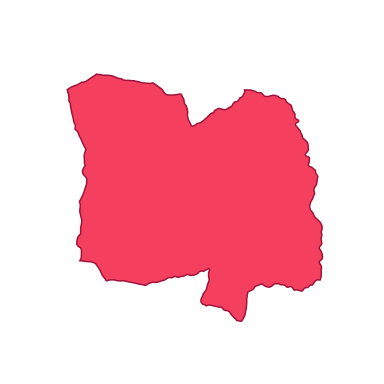 the district of Kalidzingkha, Daga, Bhutan, rotated 14°
{"feature_id": "84629894B31642600341684", "entity_name": "Kalidzingkha", "entity_type": "district", "adm_level": 2, "iso_a3": "BTN", "parent_name": "Bhutan", "parent_adm1": "Daga", "projection": "robinson", "projection_center": [89.878, 27.0], "detail": "fine", "context": "isolated", "style": "filled", "palette": "rose", "viewbox_px": 384, "rotation_deg": 14, "n_neighbors": 0, "source": "geoboundaries", "source_scale": "gbopen_adm2", "svg_char_len": 5998}
<svg xmlns="http://www.w3.org/2000/svg" viewBox="0 0 384 384"><g transform="rotate(14 192 192)"><path d="M169.0,294.0L170.4,293.1L171.5,291.9L173.1,290.5L175.0,289.5L175.8,288.8L177.5,288.8L178.3,288.6L180.4,287.8L183.6,285.8L185.7,284.7L187.0,283.8L188.1,282.7L189.1,281.4L189.9,280.8L190.8,280.5L192.9,280.1L193.9,279.6L194.6,278.8L195.3,278.3L196.4,278.0L197.7,278.0L198.8,278.3L201.1,277.0L202.8,276.1L204.4,275.6L205.3,275.0L207.0,273.3L207.9,273.2L209.2,273.1L210.8,273.4L214.2,272.1L216.8,270.2L217.4,269.6L217.7,268.6L218.2,267.8L219.1,267.1L219.8,266.4L222.4,266.1L223.3,265.4L224.2,264.4L225.1,263.7L225.7,263.1L226.9,262.2L227.7,262.9L227.9,263.8L227.8,264.7L227.7,265.3L227.7,266.9L228.1,268.3L228.4,269.7L229.5,271.8L229.9,273.4L229.9,275.6L229.5,277.3L229.5,282.4L229.4,283.6L228.1,286.9L227.6,287.8L227.5,288.6L227.4,290.5L226.8,292.8L226.7,293.8L227.1,296.0L227.5,296.6L228.0,297.2L228.9,297.6L229.6,298.3L232.3,298.4L233.2,299.0L234.0,298.6L235.2,297.7L237.2,297.3L245.5,297.2L246.9,297.1L247.8,296.6L249.6,297.3L251.0,298.4L252.0,298.8L255.8,298.7L257.6,299.3L259.7,301.5L265.5,305.0L266.4,305.8L269.9,305.7L270.8,305.5L271.4,305.2L272.1,303.4L272.6,301.5L273.1,299.0L273.0,296.4L272.8,293.6L272.8,291.7L272.0,286.7L270.9,282.0L270.9,281.1L270.5,278.2L270.4,275.5L274.8,271.8L276.3,268.1L278.3,266.9L282.4,264.0L283.3,264.8L285.2,265.5L287.3,265.9L289.1,265.9L290.8,265.2L291.3,264.9L292.2,264.0L294.1,261.4L294.6,261.0L295.8,260.8L296.3,260.5L298.1,260.0L300.5,260.5L301.1,260.5L301.7,260.2L302.3,260.0L303.5,260.0L304.1,260.0L305.3,260.4L307.0,261.2L307.6,261.3L308.2,261.2L309.2,260.5L310.4,259.9L311.0,259.8L312.1,260.2L312.7,260.6L314.6,262.3L315.1,262.5L315.6,262.2L316.1,261.9L316.8,261.8L317.2,261.5L319.1,261.6L320.3,261.5L322.2,261.7L322.8,261.5L323.2,261.0L323.6,259.8L323.8,259.2L324.4,258.1L325.4,257.4L327.2,256.7L327.7,256.3L328.9,254.0L329.4,253.7L330.0,253.4L330.6,253.4L331.2,253.2L331.5,252.7L331.9,251.5L332.5,250.3L333.2,248.5L333.9,247.5L335.0,246.9L335.6,246.7L337.5,246.5L337.8,243.5L336.9,238.6L336.2,236.8L336.0,234.0L334.6,231.6L332.9,230.2L332.3,228.6L334.2,226.0L334.5,224.2L334.0,222.3L333.2,220.6L332.1,219.0L330.5,217.1L329.1,216.1L329.0,215.2L329.1,214.2L330.1,212.3L330.4,210.4L329.2,207.7L328.8,207.2L328.5,205.1L328.5,202.8L328.0,201.1L327.4,200.5L327.0,199.6L327.2,196.7L327.0,195.6L326.7,194.4L326.2,193.3L325.1,191.9L323.4,190.2L321.6,189.0L319.9,188.2L316.6,186.2L316.3,185.8L314.8,183.5L314.4,183.0L313.8,182.6L312.6,181.9L311.3,180.7L310.8,180.0L310.1,178.8L309.8,178.0L309.5,176.7L309.5,175.7L309.5,173.9L309.8,172.1L310.5,169.9L310.7,169.1L310.8,167.1L311.3,164.6L311.4,164.0L311.2,163.5L310.1,161.3L309.8,160.4L309.7,159.4L309.7,158.6L309.7,158.0L310.4,156.6L310.7,155.6L310.9,154.0L310.9,152.8L310.4,149.5L310.4,146.6L310.0,146.0L308.7,144.9L307.7,143.9L307.2,142.9L306.7,141.7L306.4,141.2L306.0,140.8L304.0,140.0L302.9,139.4L302.2,139.0L300.2,138.9L299.1,138.5L298.5,137.8L298.4,137.2L298.4,134.1L297.8,130.6L297.1,129.9L296.0,129.7L294.6,129.7L293.8,129.4L293.4,129.0L292.9,128.1L292.9,127.5L293.0,126.9L294.3,124.7L294.6,123.6L294.7,122.9L294.6,122.2L293.7,120.0L293.4,118.8L293.1,118.1L292.6,117.0L291.8,115.9L290.0,114.7L288.6,113.9L286.8,113.2L286.5,112.8L285.9,111.9L285.3,110.7L283.1,108.0L282.3,106.7L281.9,106.3L279.0,104.1L276.6,102.4L276.3,101.9L276.1,101.3L276.0,100.8L276.4,99.7L277.7,98.7L278.1,98.3L278.3,97.6L278.2,96.9L277.5,96.4L276.4,96.3L275.8,96.2L274.6,95.5L274.2,95.1L273.9,94.6L273.6,94.1L273.2,92.0L272.9,91.3L272.4,90.7L271.6,89.8L270.6,89.3L269.8,88.5L269.0,87.1L268.0,85.1L267.3,84.0L266.8,83.6L266.3,83.4L265.3,83.3L264.7,83.1L261.5,81.5L260.9,80.7L260.6,79.9L259.8,79.6L259.2,79.4L258.6,79.3L256.1,79.6L255.2,79.6L254.5,79.5L253.9,79.3L252.7,78.4L251.5,78.4L249.9,78.2L248.8,78.2L247.4,78.5L245.1,79.5L243.7,80.5L243.2,80.7L242.2,81.1L240.3,81.5L239.6,81.5L238.7,81.2L238.0,80.8L235.9,79.4L234.8,79.0L233.9,79.1L231.9,79.7L231.3,79.8L230.8,79.7L229.6,79.1L228.9,79.0L226.6,79.1L224.8,78.8L224.2,78.9L218.3,80.2L218.7,81.1L219.0,83.2L218.3,84.9L218.0,87.0L217.1,88.1L215.8,89.0L215.1,91.2L214.3,92.9L213.1,93.6L211.5,94.4L210.4,96.7L209.9,98.9L208.6,100.2L207.0,101.6L205.7,103.2L204.9,104.0L202.8,104.3L199.9,104.4L198.4,104.3L197.3,104.7L196.0,105.9L194.1,107.5L193.9,109.1L193.4,110.1L192.1,110.7L190.8,112.1L189.8,113.9L188.0,116.8L186.2,119.4L184.5,121.6L182.6,123.3L180.4,124.3L179.0,126.4L176.5,128.1L175.1,127.9L174.7,126.9L170.8,122.5L168.9,118.5L168.5,115.3L167.1,112.4L165.3,109.5L163.2,108.0L161.3,103.5L159.8,102.2L158.0,99.8L157.1,99.7L155.2,100.4L153.0,101.5L147.4,103.3L143.4,103.7L141.1,102.5L138.2,99.7L127.9,95.5L125.2,96.8L117.6,98.1L115.8,98.0L108.4,98.1L106.3,98.7L104.9,98.8L102.8,99.1L101.2,99.7L97.7,99.9L96.6,99.3L95.0,99.2L93.1,99.6L90.1,99.0L85.9,98.6L82.6,99.0L77.4,100.2L74.4,100.3L72.7,100.6L70.7,100.7L69.9,101.9L68.9,103.1L66.2,105.8L64.6,107.8L62.5,110.2L60.3,111.6L58.4,112.2L54.9,115.7L51.2,118.1L48.9,119.9L47.0,122.1L46.2,122.9L47.2,125.0L48.6,127.1L49.5,129.4L50.6,133.6L52.3,135.1L54.3,140.1L56.3,144.4L58.9,149.2L59.6,151.0L60.9,153.3L62.5,155.0L63.4,159.5L65.8,160.6L68.0,163.1L69.3,165.2L70.9,166.8L73.7,170.5L77.1,174.6L78.7,175.7L78.4,181.8L78.9,184.2L79.6,186.0L80.8,190.5L81.9,191.8L80.9,195.5L80.7,197.3L80.8,198.6L81.4,200.2L82.9,201.7L85.0,203.0L86.4,204.1L87.0,205.4L87.7,209.5L87.6,211.9L87.2,217.8L87.0,220.3L86.1,224.6L85.1,228.6L85.7,229.6L86.6,231.1L87.0,232.6L87.3,234.7L87.5,236.8L88.2,238.9L91.8,245.9L92.3,247.6L92.7,254.3L93.8,258.4L94.0,259.7L92.6,262.0L92.0,264.6L92.1,266.6L92.8,270.7L94.9,272.2L97.9,273.4L98.7,275.2L99.3,276.9L100.4,282.3L100.4,283.7L99.8,285.9L102.0,285.4L106.0,285.1L108.3,284.6L110.1,284.4L111.6,284.1L113.3,284.2L115.3,284.7L116.4,285.3L121.4,289.8L122.6,291.4L125.2,294.6L128.6,297.2L129.4,298.2L130.7,298.9L132.9,297.5L135.1,296.7L137.9,296.1L141.4,296.1L142.4,295.9L145.0,295.4L146.7,294.7L159.4,294.2L161.8,294.2L164.3,294.1L166.9,293.8L169.0,294.0Z" fill="#f43f5e" stroke="#9f1239" stroke-width="1.5"/></g></svg>